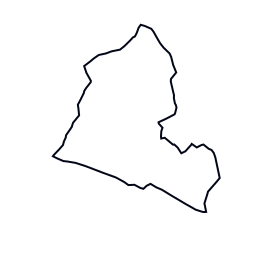 the district of Gouré, Zinder, Niger, rotated 168°
{"feature_id": "23599985B20082731758941", "entity_name": "Gouré", "entity_type": "district", "adm_level": 2, "iso_a3": "NER", "parent_name": "Niger", "parent_adm1": "Zinder", "projection": "natural_earth1", "projection_center": [10.132, 14.056], "detail": "fine", "context": "isolated", "style": "outline", "palette": "ink", "viewbox_px": 256, "rotation_deg": 168, "n_neighbors": 0, "source": "geoboundaries", "source_scale": "gbopen_adm2", "svg_char_len": 1333}
<svg xmlns="http://www.w3.org/2000/svg" viewBox="0 0 256 256"><g transform="rotate(168 128 128)"><path d="M48.7,81.2L49.3,85.8L50.9,89.2L53.3,90.8L57.6,96.1L59.5,96.1L64.8,94.7L69.0,99.2L69.8,98.3L76.7,93.3L81.1,92.2L83.5,98.5L86.2,102.3L87.4,102.3L94.1,110.8L97.7,110.8L97.5,112.8L96.1,117.9L94.2,121.1L97.0,125.9L96.9,127.3L88.5,129.2L82.4,130.9L79.6,131.7L78.8,132.8L76.3,137.9L76.4,140.5L77.0,142.4L76.9,147.8L76.2,150.3L76.5,164.4L75.8,167.0L69.3,172.3L70.7,180.3L71.0,188.4L71.8,192.2L76.5,199.2L79.0,204.3L81.2,211.0L83.1,217.1L84.6,220.2L90.5,224.4L94.1,226.3L96.8,223.8L99.8,219.0L102.2,216.1L104.3,215.6L108.4,212.7L114.4,208.9L119.5,206.3L128.1,206.4L134.2,205.5L141.4,205.5L147.1,203.1L151.2,200.9L158.0,197.7L157.2,190.6L155.5,185.1L154.5,181.8L155.0,180.5L160.4,176.0L163.1,173.3L164.0,171.3L169.0,165.0L172.2,161.2L172.5,156.8L173.2,150.5L180.7,144.5L182.8,140.7L186.7,137.0L190.1,133.8L190.9,131.6L193.5,128.1L195.1,124.9L199.9,121.3L206.2,117.0L207.3,116.0L203.6,113.0L198.1,109.1L193.9,107.7L186.6,104.8L177.7,99.7L161.8,89.4L150.1,82.1L142.8,75.8L139.5,72.1L133.5,71.1L128.5,66.9L125.6,65.3L121.8,67.6L117.6,68.7L112.6,64.0L107.7,60.6L99.5,52.8L88.0,42.2L78.6,33.9L73.3,30.9L71.3,30.0L69.0,29.7L68.9,38.4L64.2,46.7L63.0,49.1L52.6,56.9L48.7,60.0L48.7,81.2Z" fill="none" stroke="#020617" stroke-width="2"/></g></svg>